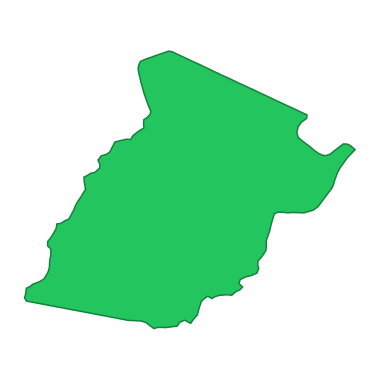 outline of São Cristóvão, Sergipe, Brazil, rotated 274°
{"feature_id": "56859067B41958446559326", "entity_name": "São Cristóvão", "entity_type": "district", "adm_level": 2, "iso_a3": "BRA", "parent_name": "Brazil", "parent_adm1": "Sergipe", "projection": "albers", "projection_center": [-37.21, -10.968], "detail": "fine", "context": "isolated", "style": "filled", "palette": "green", "viewbox_px": 384, "rotation_deg": 274, "n_neighbors": 0, "source": "geoboundaries", "source_scale": "gbopen_adm2", "svg_char_len": 2194}
<svg xmlns="http://www.w3.org/2000/svg" viewBox="0 0 384 384"><g transform="rotate(274 192 192)"><path d="M318.7,131.6L315.6,130.2L311.7,129.6L306.6,130.7L302.0,132.2L298.3,133.3L294.4,134.7L291.0,135.9L286.5,137.5L280.2,140.2L274.5,142.8L269.7,145.3L266.4,144.8L263.0,141.8L260.8,138.9L256.8,138.9L252.5,139.6L249.6,135.3L246.6,131.8L244.0,129.1L240.1,127.1L240.1,122.8L238.4,117.4L236.5,111.6L231.5,109.5L226.4,107.3L223.6,104.1L221.7,98.9L217.2,96.0L213.2,98.2L209.3,98.2L204.8,93.7L203.4,89.3L201.2,86.5L199.3,83.2L194.4,83.8L190.6,84.9L186.9,85.5L183.1,83.3L179.2,81.5L174.9,78.9L170.2,76.7L165.6,75.3L160.9,73.1L156.7,71.2L154.2,66.9L151.4,63.0L150.7,59.4L146.0,59.0L140.5,56.4L136.2,54.1L132.6,51.5L128.3,51.7L125.1,55.2L121.7,55.4L118.4,55.5L113.7,54.8L106.9,55.0L101.8,53.9L98.3,52.1L95.1,50.6L91.7,45.8L89.1,40.0L86.3,36.7L84.4,33.5L78.4,33.1L74.7,32.3L71.6,34.5L59.5,137.5L59.8,150.1L58.6,155.1L55.6,159.6L53.1,163.6L54.5,167.0L54.8,171.1L54.9,175.1L55.6,178.8L56.4,182.2L57.0,186.4L61.1,188.8L63.6,193.5L60.9,199.9L64.4,201.9L69.6,205.8L77.9,207.5L83.5,209.0L86.4,211.6L89.1,215.0L87.1,219.3L89.3,222.3L90.9,226.9L91.9,234.0L91.8,238.8L95.7,242.8L97.7,246.6L100.8,249.1L104.0,245.3L107.9,246.1L111.0,251.3L112.9,257.2L115.6,262.3L120.3,263.9L123.7,262.7L127.9,262.7L132.5,266.3L138.5,269.7L142.4,270.0L148.2,269.4L158.8,272.2L165.0,273.2L173.1,274.9L176.2,276.0L177.9,279.3L178.1,283.8L177.9,288.8L178.6,294.2L179.0,305.2L182.4,314.3L186.1,318.7L201.8,328.8L204.8,330.9L208.5,332.4L214.8,333.8L222.1,336.0L226.1,337.9L236.9,344.5L245.6,351.7L249.4,346.8L250.6,343.7L250.5,339.6L244.3,332.5L241.8,329.8L239.4,327.1L237.6,322.9L237.9,319.1L239.7,314.9L242.4,310.6L245.1,307.0L248.3,302.1L251.4,297.3L253.9,294.2L258.6,292.4L264.6,293.4L269.3,296.3L273.4,301.2L276.9,301.4L279.9,293.7L282.7,286.5L286.1,277.4L289.6,268.3L292.6,260.7L295.4,253.4L298.3,246.1L299.9,241.7L301.7,237.1L304.6,229.4L307.6,221.8L310.3,214.5L313.9,205.2L315.5,201.4L316.7,198.1L318.6,193.5L320.2,189.3L322.2,183.9L324.3,178.5L326.1,173.8L327.6,169.9L329.2,165.8L330.6,162.3L330.9,159.0L328.6,153.4L325.2,145.5L323.3,141.3L321.2,136.2L318.7,131.6Z" fill="#22c55e" stroke="#15803d" stroke-width="1.5"/></g></svg>